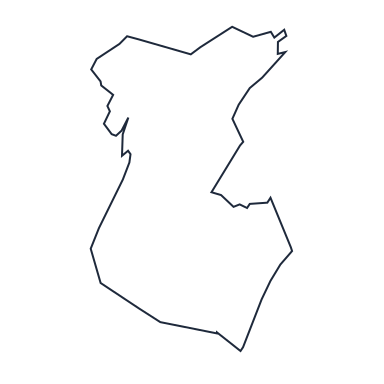 Huntingdon, Pennsylvania, United States of America, rotated 356°
{"feature_id": "52423323B28488791347792", "entity_name": "Huntingdon", "entity_type": "district", "adm_level": 2, "iso_a3": "USA", "parent_name": "United States of America", "parent_adm1": "Pennsylvania", "projection": "equal_earth", "projection_center": [-77.953, 40.403], "detail": "fine", "context": "isolated", "style": "outline", "palette": "slate", "viewbox_px": 384, "rotation_deg": 356, "n_neighbors": 0, "source": "geoboundaries", "source_scale": "gbopen_adm2", "svg_char_len": 874}
<svg xmlns="http://www.w3.org/2000/svg" viewBox="0 0 384 384"><g transform="rotate(356 192 192)"><path d="M269.9,203.2L266.4,207.9L248.8,207.9L245.8,211.8L238.7,207.7L232.4,209.7L220.8,197.1L211.4,193.6L243.2,148.9L246.6,145.5L237.4,121.8L244.7,108.1L256.9,92.3L270.0,82.8L294.8,58.9L287.2,60.2L288.2,48.3L297.0,42.9L295.3,36.6L284.9,43.7L281.8,37.7L263.8,41.4L243.6,30.0L210.5,48.1L200.4,54.6L149.4,36.0L138.1,32.1L130.0,39.2L106.2,52.6L100.0,62.7L108.5,75.3L108.9,79.4L120.1,89.6L113.6,100.3L115.7,105.8L108.9,117.8L115.9,128.7L120.1,130.6L126.0,125.9L133.7,113.3L126.9,129.7L124.7,151.0L131.1,146.4L133.3,150.0L131.6,158.2L123.9,174.7L96.6,221.6L87.0,241.5L94.5,276.4L131.3,304.7L151.3,319.6L207.0,334.8L207.1,333.8L229.3,354.0L232.1,350.4L254.0,303.9L264.1,286.1L275.1,270.5L287.7,257.9L286.8,254.2L269.9,203.2Z" fill="none" stroke="#1e293b" stroke-width="2"/></g></svg>